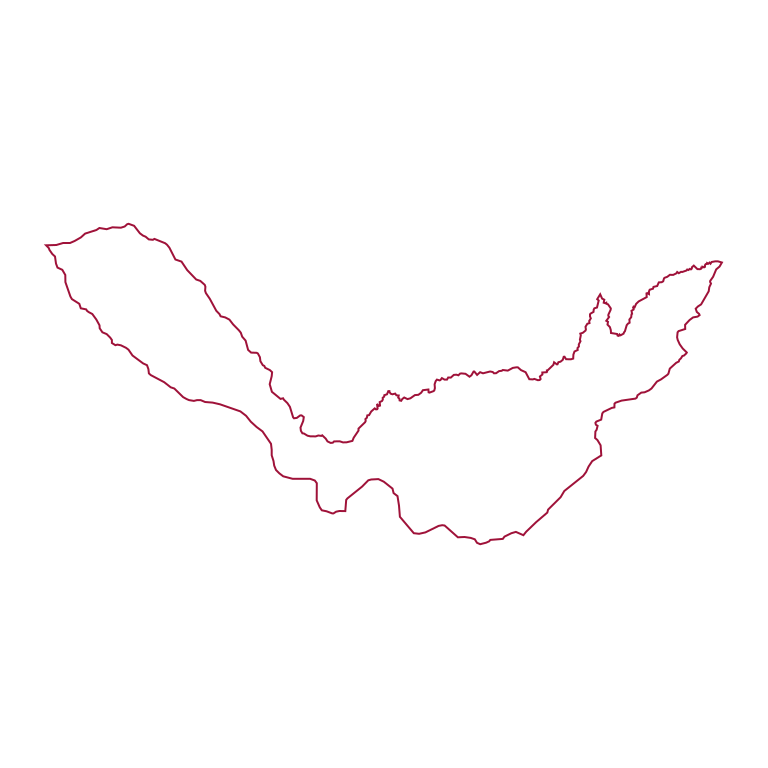 outline of La Argentina, Huila, Colombia
{"feature_id": "7082276B50002192579952", "entity_name": "La Argentina", "entity_type": "district", "adm_level": 2, "iso_a3": "COL", "parent_name": "Colombia", "parent_adm1": "Huila", "projection": "natural_earth1", "projection_center": [-76.066, 2.187], "detail": "fine", "context": "isolated", "style": "outline", "palette": "rose", "viewbox_px": 768, "rotation_deg": 0, "n_neighbors": 0, "source": "geoboundaries", "source_scale": "gbopen_adm2", "svg_char_len": 6098}
<svg xmlns="http://www.w3.org/2000/svg" viewBox="0 0 768 768"><path d="M264.3,365.9L262.8,365.2L260.4,361.2L259.9,357.2L257.9,353.5L256.7,352.8L251.1,352.6L248.1,349.9L245.6,340.6L242.2,336.7L240.8,332.7L238.9,330.3L233.1,324.4L229.4,319.6L225.2,317.4L220.6,316.3L219.5,314.1L216.3,310.8L209.8,298.8L205.9,293.1L205.1,290.8L205.4,286.7L204.7,284.8L200.3,280.9L196.2,279.5L187.2,270.1L181.5,261.6L175.4,259.5L169.4,247.7L167.0,244.7L165.1,243.2L154.4,238.9L152.9,239.8L148.8,239.4L145.6,236.7L143.0,235.6L139.9,233.3L134.1,225.8L128.6,223.8L127.2,224.2L124.7,226.5L120.9,227.7L112.4,227.3L106.7,229.2L99.4,228.0L96.4,230.0L85.1,233.6L80.9,237.4L74.6,241.0L70.0,243.0L63.1,243.0L56.3,245.0L46.1,245.3L48.8,248.1L49.5,250.0L52.3,254.0L55.0,256.5L56.0,263.6L57.5,267.6L62.3,269.8L65.3,275.0L65.4,282.1L70.4,296.5L71.9,299.1L79.3,303.8L80.8,308.3L86.2,309.4L87.0,310.8L88.7,312.1L92.3,314.0L96.3,319.5L99.5,325.3L99.7,328.3L102.4,332.3L106.7,334.1L110.2,337.6L111.9,340.0L111.9,343.0L115.4,345.2L117.4,344.6L120.9,345.3L126.0,347.8L128.5,349.7L132.5,355.5L143.1,363.4L147.0,365.2L148.4,369.1L148.9,373.4L150.8,375.1L164.2,382.2L170.7,387.3L174.3,388.5L183.1,397.1L186.5,399.0L189.0,400.1L193.9,400.9L197.1,400.1L200.6,400.1L205.1,402.0L212.6,402.6L220.0,404.3L240.4,411.4L246.1,415.8L250.8,421.7L256.6,427.0L262.5,431.4L271.0,443.8L271.7,449.8L271.7,455.3L273.5,461.0L274.2,465.6L276.0,470.0L279.3,473.3L283.2,476.3L292.6,478.8L310.1,478.8L314.8,480.5L316.8,483.2L316.7,500.4L319.8,507.4L321.8,510.3L326.6,511.3L332.2,513.4L333.5,513.4L336.1,511.7L339.4,511.0L345.3,511.1L346.2,499.9L347.4,498.4L362.1,486.6L368.3,480.3L371.2,479.5L378.4,479.1L383.8,481.7L392.5,488.6L393.6,493.1L397.5,496.1L399.0,505.6L399.9,516.8L413.8,533.2L419.1,533.8L425.4,532.4L438.6,525.9L442.2,525.2L444.6,525.5L457.9,537.3L464.5,537.0L470.7,537.9L474.8,539.3L477.0,542.8L480.2,544.2L486.1,542.7L489.2,541.3L490.3,539.9L502.8,538.9L504.5,536.6L511.4,533.2L515.9,531.9L523.4,535.2L526.2,531.7L536.4,521.9L547.3,512.6L548.1,509.6L560.6,497.2L564.3,491.0L583.2,475.9L586.1,472.0L588.6,466.5L592.2,461.1L601.3,455.4L600.6,445.3L597.4,440.0L595.1,438.0L595.4,431.5L596.6,429.8L597.6,425.8L595.9,424.7L595.4,422.9L596.3,421.6L601.2,419.6L602.3,413.4L603.5,411.9L611.8,407.9L614.4,407.4L614.5,403.7L615.5,402.7L621.6,400.6L635.5,398.6L636.8,397.6L637.5,395.3L641.3,392.6L644.6,392.3L648.9,390.4L651.5,388.5L656.9,381.6L661.0,379.4L667.4,374.8L668.4,373.7L669.8,368.6L676.2,362.8L678.8,361.5L679.4,359.7L680.9,358.4L682.4,356.0L683.9,355.6L686.3,353.4L686.8,352.5L682.7,348.5L679.7,344.3L677.7,339.9L677.1,337.3L677.6,332.3L678.6,331.1L685.2,329.0L685.1,324.8L689.6,320.0L693.1,317.4L697.6,316.6L699.6,315.1L699.1,313.9L696.8,311.9L695.7,308.7L698.0,306.4L701.1,304.4L708.7,291.3L709.3,287.2L711.0,283.6L710.1,281.9L710.2,280.9L713.1,276.8L716.2,269.4L719.6,266.5L721.9,262.5L717.8,261.3L715.4,261.3L711.6,262.0L710.5,263.7L709.5,262.6L708.4,263.7L707.1,263.0L706.9,264.0L705.7,264.1L704.9,265.3L705.0,266.8L704.2,267.3L702.4,266.7L702.3,267.5L701.3,267.5L701.1,268.7L700.0,269.2L697.4,269.1L693.8,265.6L691.9,267.3L691.8,268.6L690.9,269.4L689.7,268.9L688.5,270.0L687.2,269.5L686.5,270.5L682.2,272.0L681.1,271.8L678.8,273.2L677.2,272.0L676.4,273.3L673.2,274.9L669.9,274.8L667.3,276.8L664.6,277.8L664.0,278.4L663.2,281.3L661.7,282.2L658.8,282.4L657.2,286.0L653.5,286.9L653.0,288.7L649.7,289.7L648.9,291.6L649.0,294.1L647.2,293.1L646.5,293.4L646.7,297.1L638.7,301.4L636.1,303.9L634.7,307.1L633.6,306.6L633.1,307.7L633.7,308.6L633.6,309.5L631.5,310.8L632.1,313.8L631.5,314.3L631.2,317.2L629.4,319.5L629.6,322.7L627.9,323.7L626.7,325.2L624.9,331.3L623.9,332.5L623.6,333.6L620.6,335.3L619.5,334.4L618.7,335.9L617.6,335.6L617.1,334.0L611.0,333.0L610.8,330.1L609.9,327.1L607.5,324.6L608.0,321.8L606.3,320.8L609.1,317.0L608.3,315.8L608.4,314.6L610.6,309.9L610.8,308.4L608.0,304.3L606.5,303.8L606.3,302.7L605.2,303.2L603.7,302.7L604.3,299.7L602.1,298.6L600.2,294.3L597.2,299.2L598.7,300.5L597.0,307.5L594.4,308.3L593.7,309.6L593.5,311.9L590.4,313.7L590.0,314.4L590.0,316.4L590.8,318.4L589.2,321.0L589.5,323.1L587.3,323.8L585.5,326.8L585.9,329.4L585.5,330.6L582.8,332.8L580.3,333.6L580.8,335.3L579.9,339.8L580.5,341.2L578.8,344.4L578.9,346.5L577.5,348.1L577.7,350.0L574.5,351.5L573.4,354.6L573.2,358.6L570.9,359.3L566.1,359.2L564.5,356.7L563.7,356.8L562.8,359.8L560.5,361.7L558.4,362.2L557.5,364.3L556.9,364.4L554.1,362.3L553.4,364.8L547.9,370.1L546.9,370.4L547.1,371.7L546.7,372.2L542.3,372.5L542.4,374.5L539.9,376.5L540.6,379.0L539.7,380.0L537.9,380.2L534.3,378.9L532.9,379.4L529.3,379.2L525.6,372.2L521.0,370.1L517.8,367.3L516.5,367.3L512.8,367.9L507.8,370.6L502.8,370.0L501.7,370.8L499.1,371.1L496.1,373.2L494.0,373.3L492.7,372.0L490.1,371.5L483.0,373.3L480.1,372.2L477.1,374.9L474.3,371.5L473.6,371.5L471.4,375.3L469.5,376.7L465.5,373.8L461.5,373.4L460.1,373.6L458.4,375.3L456.4,374.7L453.8,374.9L450.8,377.6L448.2,377.5L447.0,379.6L444.5,379.6L441.9,378.1L440.4,380.1L439.6,380.4L436.9,379.6L435.7,381.1L434.6,384.3L434.9,388.1L434.3,390.4L433.6,391.1L429.5,392.6L428.6,392.3L428.4,389.5L422.9,390.2L421.2,392.7L418.4,394.8L414.9,395.1L410.4,398.3L407.5,399.1L404.2,397.5L402.3,399.0L401.2,400.8L399.6,400.4L399.4,398.6L398.2,397.6L398.7,395.5L396.4,395.3L395.2,393.6L392.4,394.3L390.7,393.7L389.5,392.1L389.4,391.1L388.3,391.1L387.0,394.3L384.3,395.2L384.2,396.6L382.7,397.8L382.8,399.6L382.0,401.0L379.7,402.1L380.0,405.6L378.7,406.0L377.5,404.5L377.1,404.7L377.6,408.6L377.2,409.2L376.0,409.4L374.7,408.4L371.2,411.5L369.1,415.1L367.3,415.4L366.9,417.7L365.4,419.1L365.7,420.9L365.1,422.2L358.5,428.6L358.5,430.6L353.7,437.7L352.4,440.9L346.6,442.3L343.0,442.4L339.7,441.3L334.1,441.4L332.8,442.7L330.6,442.9L327.5,441.4L325.7,438.6L322.2,435.3L321.4,435.9L318.3,435.5L315.7,436.4L310.2,436.3L307.5,435.7L303.9,433.5L302.4,433.3L300.9,430.8L300.5,427.6L303.2,421.0L303.8,417.1L301.6,415.4L300.2,415.4L296.8,417.9L294.0,418.3L293.1,417.3L289.9,406.8L287.4,403.1L283.8,399.6L283.1,398.3L280.5,398.9L271.9,391.8L269.7,384.2L271.7,376.2L272.1,372.2L269.9,370.1L265.2,367.8L264.3,365.9Z" fill="none" stroke="#9f1239" stroke-width="2"/></svg>